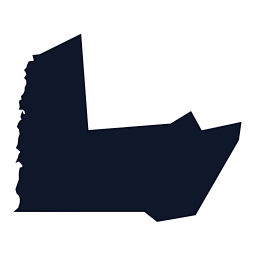 outline of Colônia do Gurguéia, Piauí, Brazil
{"feature_id": "56859067B60738837049345", "entity_name": "Colônia do Gurguéia", "entity_type": "district", "adm_level": 2, "iso_a3": "BRA", "parent_name": "Brazil", "parent_adm1": "Piauí", "projection": "robinson", "projection_center": [-43.773, -8.154], "detail": "fine", "context": "isolated", "style": "filled", "palette": "ink", "viewbox_px": 256, "rotation_deg": 0, "n_neighbors": 0, "source": "geoboundaries", "source_scale": "gbopen_adm2", "svg_char_len": 915}
<svg xmlns="http://www.w3.org/2000/svg" viewBox="0 0 256 256"><path d="M157.2,221.1L195.1,214.5L238.2,139.8L240.6,122.8L232.4,124.6L227.1,125.7L201.3,131.2L190.8,112.1L170.9,124.3L87.7,130.9L80.5,34.9L39.6,55.1L33.4,55.7L34.0,58.2L35.0,60.8L32.5,61.7L29.4,62.0L28.0,64.6L26.9,68.2L25.0,70.1L26.5,72.4L27.1,74.8L25.0,77.8L27.0,80.2L27.1,84.2L25.5,87.3L25.3,91.1L23.9,94.2L21.8,96.3L22.4,99.8L19.9,101.1L19.9,103.6L20.5,106.1L19.9,109.0L23.0,108.9L25.0,110.5L26.1,114.2L23.5,115.4L22.4,113.0L21.2,116.8L22.6,119.7L20.4,121.2L18.9,123.4L17.7,126.7L19.7,129.1L20.4,134.1L19.0,138.2L18.7,141.5L18.5,144.1L16.8,147.7L18.9,149.6L21.5,151.7L19.4,154.5L18.7,157.5L16.9,161.6L19.1,160.6L20.8,162.6L23.2,165.0L23.1,167.6L20.4,168.3L19.5,173.4L19.7,179.2L16.2,189.3L17.3,193.2L19.6,195.3L20.7,199.2L20.4,203.2L19.6,205.8L18.9,208.1L15.4,211.2L144.6,211.1L157.2,221.1Z" fill="#0f172a" stroke="#020617" stroke-width="1.5"/></svg>